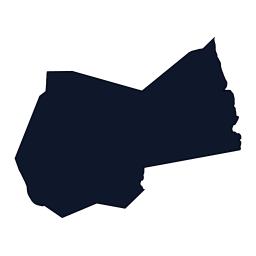 Naranjito, Santa Bárbara, Honduras
{"feature_id": "27666195B85306984826486", "entity_name": "Naranjito", "entity_type": "district", "adm_level": 2, "iso_a3": "HND", "parent_name": "Honduras", "parent_adm1": "Santa Bárbara", "projection": "mercator", "projection_center": [-88.571, 14.974], "detail": "fine", "context": "isolated", "style": "filled", "palette": "ink", "viewbox_px": 256, "rotation_deg": 0, "n_neighbors": 0, "source": "geoboundaries", "source_scale": "gbopen_adm2", "svg_char_len": 5082}
<svg xmlns="http://www.w3.org/2000/svg" viewBox="0 0 256 256"><path d="M96.7,202.7L125.0,207.9L143.7,189.7L143.3,189.5L142.9,189.3L142.6,189.1L142.4,188.9L142.3,188.7L142.2,188.2L142.1,187.9L141.8,186.9L141.7,186.8L141.6,186.6L141.3,186.4L140.9,186.1L140.6,185.9L140.2,185.7L140.0,185.3L139.9,185.2L139.9,184.4L139.8,183.9L139.7,183.1L140.2,181.6L140.3,181.3L140.5,180.7L141.0,180.1L141.7,180.0L142.2,179.8L142.7,179.3L143.0,178.4L143.1,177.0L142.9,176.0L142.7,175.2L142.8,174.3L143.2,173.7L143.4,173.3L143.5,172.4L143.6,171.3L143.6,169.4L143.6,168.9L143.7,168.4L143.9,167.2L144.0,167.1L144.3,167.1L239.9,149.5L240.0,149.0L240.1,148.3L240.1,148.1L240.0,147.8L240.0,147.6L239.9,147.3L239.7,146.8L239.7,146.7L239.7,146.4L239.8,146.1L239.9,145.9L240.0,145.7L240.1,145.3L240.2,145.1L240.2,144.8L240.2,144.5L240.3,144.4L240.4,144.2L240.5,143.9L240.5,143.7L240.5,143.3L240.5,142.9L240.5,142.4L240.4,142.2L240.4,141.9L240.3,141.7L240.2,141.6L240.0,141.4L239.8,141.3L239.5,141.0L239.3,140.8L239.2,140.6L239.1,140.4L239.1,140.2L239.1,139.9L239.2,139.6L239.3,139.4L239.4,139.2L239.6,139.0L239.7,138.9L239.8,138.9L240.1,138.8L240.3,138.7L240.5,138.5L240.5,138.3L240.6,138.2L240.6,137.9L240.6,137.7L240.6,137.4L240.6,137.0L240.5,136.4L240.4,136.0L240.3,135.5L240.2,135.3L239.6,134.8L239.5,134.7L239.4,134.7L239.3,134.4L239.2,134.4L239.1,134.2L238.9,134.1L238.7,134.0L238.6,133.9L238.4,133.9L238.1,133.9L237.7,134.0L237.1,134.1L236.7,134.1L236.5,133.9L236.2,133.6L235.6,133.0L235.2,132.6L234.9,132.4L234.7,132.4L234.4,132.3L234.1,132.2L233.7,132.2L233.0,132.2L232.6,132.2L232.4,132.1L232.2,132.1L232.1,131.9L232.0,131.7L232.1,131.4L232.1,131.2L232.1,130.9L231.9,130.5L231.7,130.0L231.6,129.6L231.6,129.4L231.6,129.1L231.6,128.7L231.6,128.3L231.7,128.0L231.9,127.5L232.7,125.2L232.8,125.1L232.9,124.9L233.0,124.7L233.3,124.6L233.6,124.4L233.9,124.3L234.0,124.3L234.2,124.2L234.3,124.3L234.5,124.3L234.7,124.2L234.8,124.1L235.0,123.9L235.2,123.6L235.6,122.9L235.8,122.5L236.0,122.2L236.4,121.6L236.5,121.4L236.7,121.1L236.8,120.8L237.6,119.2L238.0,118.1L238.2,117.5L238.3,117.2L238.2,117.0L237.9,116.9L237.1,116.7L236.8,116.6L236.6,116.4L236.3,116.2L236.1,116.1L235.9,115.9L235.8,115.7L235.7,115.6L235.6,115.3L235.6,115.1L235.6,114.7L235.6,114.3L235.6,114.0L235.6,113.2L235.5,112.6L235.4,112.1L235.4,111.5L235.3,111.4L235.2,111.2L235.1,110.7L235.0,110.4L235.0,110.0L235.0,109.4L235.0,109.1L235.0,108.9L234.9,108.6L234.8,108.4L234.8,108.2L234.7,108.0L234.6,107.9L234.5,107.7L234.4,107.7L234.1,107.5L234.0,107.4L233.9,107.3L233.7,107.1L233.6,106.9L233.5,106.7L233.4,106.5L233.4,106.4L233.4,106.2L233.5,105.7L233.6,105.1L233.9,103.9L233.9,103.6L234.0,103.2L234.0,102.9L234.0,102.5L233.9,102.2L233.9,101.9L233.9,101.6L233.9,100.3L233.9,99.0L233.9,98.7L232.9,94.4L232.8,94.1L232.6,93.9L232.5,93.6L232.3,93.4L232.2,93.3L231.9,92.9L231.6,92.7L231.4,92.5L231.2,92.2L230.9,91.8L230.7,91.5L230.5,91.2L230.2,90.7L227.9,90.6L226.3,90.6L224.6,90.4L223.4,90.4L223.4,90.2L223.5,89.9L224.3,88.9L225.5,87.4L225.7,87.1L225.9,86.9L226.1,86.5L226.2,86.3L226.2,86.2L226.3,86.0L226.3,85.8L226.5,84.4L226.7,83.3L226.7,83.2L226.3,82.0L226.1,81.3L226.0,81.2L225.9,81.1L225.7,81.0L225.6,80.8L225.5,80.7L225.3,80.2L225.1,79.8L224.5,78.4L224.0,77.2L223.9,76.9L223.5,76.1L223.3,75.7L223.1,75.3L223.0,75.0L223.0,74.7L222.9,74.4L222.4,73.0L221.7,71.4L221.6,71.1L221.5,70.7L221.2,69.8L220.7,68.0L220.5,67.4L220.4,67.1L220.4,66.6L220.3,66.4L220.3,65.6L220.2,64.9L220.2,64.0L220.1,63.6L220.1,63.3L220.1,63.1L220.0,62.8L219.9,62.6L219.7,62.1L219.1,61.1L218.5,59.9L218.0,58.9L217.7,58.3L217.3,57.8L217.2,57.7L216.8,56.9L216.7,56.7L216.5,56.2L216.5,55.9L216.7,55.7L216.7,55.4L216.6,55.0L216.5,54.4L216.3,54.0L216.2,53.7L216.0,53.1L215.6,52.4L215.4,51.8L215.2,51.1L215.1,50.8L215.0,50.6L215.0,50.3L215.0,50.1L215.0,49.8L214.9,49.3L214.9,48.9L214.9,48.6L215.0,48.1L215.0,47.8L215.0,47.5L214.9,46.8L214.9,46.5L214.9,45.8L214.8,45.0L214.8,44.6L214.7,44.2L214.5,43.5L214.4,42.9L214.3,42.7L214.2,42.4L214.1,42.2L214.0,41.4L213.8,40.7L213.7,40.4L213.7,40.0L213.6,39.7L213.6,39.3L213.7,38.8L203.1,49.1L200.5,49.5L199.6,49.6L198.6,49.8L198.0,50.0L197.4,50.2L196.3,50.5L195.8,50.6L195.0,50.8L193.8,51.1L192.6,51.4L191.7,51.7L190.7,52.2L190.3,52.5L189.3,52.9L187.6,54.3L142.1,91.4L72.3,71.7L47.6,72.0L47.3,73.2L47.3,73.7L47.2,74.1L47.3,75.1L47.2,76.0L47.2,76.7L47.1,77.6L47.0,79.0L46.9,79.7L46.9,80.5L46.9,81.2L46.9,82.5L46.9,83.4L46.8,83.9L46.8,84.8L46.6,86.3L46.6,87.0L46.2,91.6L40.0,96.4L15.4,158.4L19.5,169.8L20.9,172.3L22.2,174.9L23.1,176.8L24.0,178.7L25.7,182.1L25.9,182.7L26.3,183.7L27.0,185.3L27.2,186.1L27.3,186.3L27.4,186.9L27.6,189.6L27.8,191.3L27.9,191.7L28.0,192.2L28.1,192.8L28.2,193.3L28.4,193.7L28.5,194.0L28.7,194.4L29.1,195.3L29.6,196.2L30.8,198.2L31.4,199.2L31.7,199.7L32.1,200.4L32.4,200.8L32.8,201.2L33.3,201.8L33.8,202.2L34.0,202.5L34.4,202.8L34.7,203.0L35.0,203.2L35.5,203.6L36.0,203.9L36.4,204.0L37.0,204.2L38.1,204.6L39.0,204.8L40.5,205.2L41.3,205.3L42.1,205.5L42.8,205.5L43.1,205.5L43.2,205.4L43.3,205.2L43.4,204.9L43.5,204.8L44.0,204.7L62.2,217.2L96.7,202.7Z" fill="#0f172a" stroke="#020617" stroke-width="1.5"/></svg>